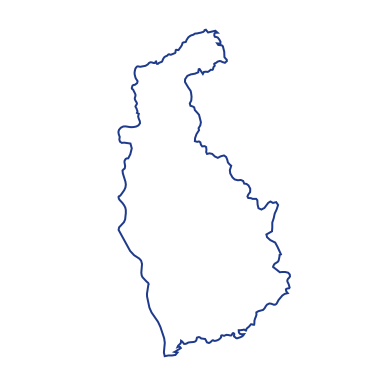 the Region of Kédougou, rotated 76°
{"feature_id": "SEN-5515", "entity_name": "Kédougou", "entity_type": "Region", "adm_level": 1, "iso_a3": "SEN", "parent_name": "Senegal", "parent_adm1": "", "projection": "albers", "projection_center": [-12.553, 12.877], "detail": "fine", "context": "isolated", "style": "outline", "palette": "blue", "viewbox_px": 384, "rotation_deg": 76, "n_neighbors": 0, "source": "natural_earth", "source_scale": "10m", "svg_char_len": 5555}
<svg xmlns="http://www.w3.org/2000/svg" viewBox="0 0 384 384"><g transform="rotate(76 192 192)"><path d="M274.0,120.8L274.3,122.3L275.5,122.6L279.2,124.4L280.2,125.2L280.7,126.2L281.6,129.0L282.2,129.9L283.9,131.3L284.6,131.4L285.4,130.6L291.1,126.2L291.5,123.5L292.3,120.6L293.6,118.2L295.7,117.1L297.7,117.4L298.7,118.5L299.5,119.9L300.8,120.9L302.1,121.1L304.8,120.5L308.3,120.4L308.9,121.0L308.7,123.0L309.1,124.4L310.6,124.6L312.3,124.1L313.3,123.6L313.3,126.7L314.3,129.4L317.7,134.1L320.8,136.9L321.4,138.2L321.2,139.8L319.5,142.3L318.9,143.9L319.4,146.4L320.7,148.1L322.3,149.6L323.6,151.5L323.7,156.4L324.4,158.7L326.8,159.2L328.7,160.4L330.3,161.6L332.1,162.6L334.3,163.2L335.8,163.8L335.6,164.8L334.9,165.8L334.6,166.7L336.5,169.4L337.3,171.1L337.8,172.0L338.3,172.4L339.5,173.0L339.3,173.6L338.6,174.2L338.1,174.8L338.1,176.0L337.8,178.7L337.4,180.1L339.6,180.5L341.1,179.9L342.1,178.2L342.5,175.8L343.6,177.0L344.3,178.5L344.6,180.1L344.9,183.7L344.4,184.6L343.5,185.1L342.4,186.1L341.8,186.1L340.9,185.6L339.9,185.3L339.0,185.8L338.9,186.7L339.6,187.4L340.4,188.1L340.7,188.9L340.1,190.3L339.4,191.8L338.9,193.2L339.3,195.5L339.1,196.1L338.7,196.7L338.3,197.5L338.4,198.4L338.9,198.7L339.6,198.8L339.9,198.9L340.1,199.0L340.6,199.7L341.2,200.7L341.7,201.8L342.0,203.3L342.1,205.0L341.8,206.5L340.9,207.5L340.9,208.1L342.3,210.7L342.6,212.1L341.5,213.9L339.6,214.3L337.8,214.8L336.3,218.6L335.2,219.3L334.4,220.4L334.5,222.4L335.1,222.8L336.1,223.2L337.2,223.9L337.9,225.4L337.9,226.8L337.2,231.3L337.3,232.8L337.7,233.7L337.8,234.8L337.5,236.4L334.7,237.7L333.7,238.6L335.2,239.1L336.2,239.8L337.8,242.6L338.9,243.5L338.8,242.5L339.6,241.0L340.7,240.6L341.5,242.8L341.8,244.0L342.7,246.3L343.0,247.6L344.0,245.8L344.3,245.0L346.1,247.5L345.8,250.8L344.9,254.5L344.7,258.2L340.9,258.1L331.8,254.9L327.2,254.4L315.4,255.3L309.7,256.4L299.1,260.4L293.9,261.3L282.6,260.9L279.8,260.3L271.5,256.8L271.3,256.5L271.0,256.4L270.1,256.4L269.5,256.6L268.0,257.7L262.8,260.6L260.9,261.0L258.0,260.7L249.7,257.9L246.3,258.0L243.8,259.3L239.3,263.5L234.2,266.3L211.0,272.4L208.7,271.3L204.8,265.3L202.4,263.5L196.4,261.3L193.5,260.6L191.1,260.5L188.8,261.0L186.1,262.0L182.1,264.2L181.1,264.5L180.9,264.6L179.0,264.5L178.5,264.0L178.4,263.0L177.6,261.7L173.8,257.3L171.5,255.5L168.8,254.4L166.0,254.1L157.1,254.6L154.3,254.2L153.5,253.0L152.9,251.6L150.7,250.6L146.6,250.3L145.3,249.8L143.9,248.4L143.6,247.2L143.8,246.3L143.9,245.7L140.4,242.7L135.1,239.9L130.1,240.0L127.8,245.6L127.3,248.3L125.7,249.7L123.5,249.8L121.0,248.8L118.4,249.1L116.0,248.9L114.0,247.8L112.4,245.5L111.8,242.8L112.3,240.5L114.3,235.7L114.8,233.3L115.0,230.4L114.4,227.8L112.7,225.8L110.6,225.5L108.2,225.9L105.7,226.0L103.2,224.7L101.9,226.3L100.8,225.5L99.9,225.4L99.0,225.6L97.7,225.6L96.0,226.1L95.4,226.2L94.8,225.8L93.5,224.4L92.7,224.0L91.7,224.1L89.4,224.8L88.2,225.0L87.0,224.8L85.3,223.7L84.1,223.3L82.9,223.4L78.8,224.3L78.2,224.5L77.8,224.9L77.5,225.2L76.7,225.3L76.0,225.0L74.8,224.2L74.2,223.9L73.7,223.8L73.8,223.8L74.2,221.6L73.1,218.9L71.3,218.0L70.5,218.2L69.8,218.5L68.7,218.9L67.3,219.2L64.1,219.2L62.4,218.9L60.9,218.3L59.1,217.4L58.1,216.6L57.2,215.4L56.9,214.6L57.1,213.8L57.7,212.6L58.0,211.9L58.3,206.7L58.1,205.9L57.8,205.0L57.4,203.8L56.5,202.7L56.2,201.7L56.1,200.9L56.3,200.2L56.6,199.5L57.4,198.3L57.7,197.7L57.8,196.9L57.4,196.3L56.7,195.8L56.6,195.3L57.1,195.2L57.8,195.3L58.6,195.2L59.2,195.0L59.4,194.0L58.8,193.0L58.3,189.7L57.7,189.1L55.9,187.8L54.6,186.4L54.1,185.2L53.7,183.0L53.0,182.0L52.8,181.3L52.9,180.7L53.4,180.1L53.7,179.3L53.1,174.9L52.8,174.5L52.2,174.1L51.4,173.9L50.5,173.5L50.2,173.0L50.4,172.3L50.7,171.7L51.0,170.9L50.7,170.3L49.7,169.3L48.7,168.0L47.2,166.4L45.1,165.1L44.8,164.4L44.8,163.5L44.9,162.7L44.9,161.7L44.3,161.2L43.7,160.9L42.9,160.2L41.0,158.1L40.1,156.0L39.8,154.7L39.7,152.4L39.1,151.3L39.1,150.4L39.2,149.6L39.4,148.8L39.4,146.6L39.5,145.5L39.4,142.5L39.0,141.6L38.6,140.9L38.0,140.6L37.9,139.3L41.1,137.8L41.2,130.3L43.6,128.7L43.1,131.0L43.9,132.0L45.5,132.5L46.9,132.3L47.7,130.6L48.3,129.7L50.4,128.7L53.1,128.0L54.9,128.6L53.9,131.6L55.7,130.9L56.9,127.6L58.1,126.8L63.7,126.8L69.0,127.9L70.7,127.1L72.1,126.3L73.4,126.5L74.6,128.8L73.3,131.0L72.2,132.2L71.6,133.4L71.7,135.6L72.2,136.7L72.6,137.7L72.7,138.9L73.1,139.5L74.2,139.4L75.0,139.4L75.4,139.9L75.8,140.7L76.7,141.3L77.7,141.8L78.3,142.3L78.4,143.0L77.9,144.3L78.7,145.7L79.3,147.6L78.6,149.6L78.4,151.4L80.1,152.9L74.5,154.9L74.5,155.8L77.4,157.0L77.9,160.5L77.6,164.8L78.2,168.4L80.9,171.4L83.5,172.2L89.5,170.4L93.5,168.9L95.5,168.9L99.5,169.4L103.1,170.6L105.5,172.7L107.9,172.7L109.2,170.6L110.4,169.4L113.2,169.4L116.4,167.7L118.8,166.5L126.5,166.5L129.3,167.8L131.7,170.2L133.7,170.2L136.9,173.6L140.5,176.0L143.4,176.9L144.6,174.8L144.6,173.1L145.8,171.9L148.2,171.9L150.2,171.1L150.6,168.6L151.8,167.4L154.6,167.8L156.7,168.6L158.7,168.2L158.7,165.7L159.9,163.2L163.1,161.2L165.1,158.7L164.3,155.4L164.3,152.1L166.3,150.4L169.1,150.0L172.0,150.0L174.4,148.8L176.0,147.6L178.0,148.8L180.0,150.0L183.2,150.4L187.6,149.2L190.1,147.6L191.7,144.7L192.1,141.8L193.7,139.7L196.5,139.3L197.3,137.2L199.3,135.6L202.9,134.7L206.1,135.6L208.1,138.0L209.8,139.3L211.4,138.9L212.2,136.4L213.4,134.7L214.2,131.4L215.8,130.6L220.2,131.4L223.8,131.4L225.8,128.9L225.0,125.6L221.0,120.7L220.2,118.2L222.2,116.1L222.2,112.8L225.4,111.6L229.4,114.1L233.0,117.0L237.1,119.0L241.1,121.5L245.9,122.7L249.5,123.9L250.3,126.8L251.2,130.1L254.0,130.1L257.6,127.7L261.2,123.5L266.0,122.3L274.0,120.8Z" fill="none" stroke="#1e3a8a" stroke-width="2"/></g></svg>